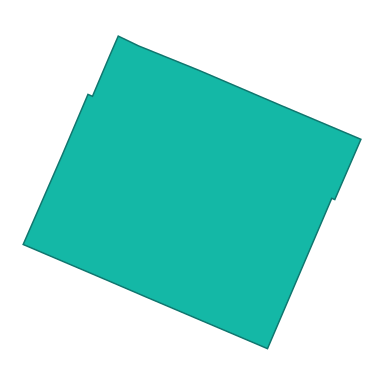 Allen, Kansas, United States of America (Natural Earth projection), rotated 203°
{"feature_id": "52423323B72287121319194", "entity_name": "Allen", "entity_type": "district", "adm_level": 2, "iso_a3": "USA", "parent_name": "United States of America", "parent_adm1": "Kansas", "projection": "natural_earth1", "projection_center": [-95.246, 37.885], "detail": "fine", "context": "isolated", "style": "filled", "palette": "teal", "viewbox_px": 384, "rotation_deg": 203, "n_neighbors": 0, "source": "geoboundaries", "source_scale": "gbopen_adm2", "svg_char_len": 355}
<svg xmlns="http://www.w3.org/2000/svg" viewBox="0 0 384 384"><g transform="rotate(203 192 192)"><path d="M320.8,306.7L321.0,285.0L321.0,241.2L325.9,241.2L325.9,175.9L326.9,77.7L238.3,77.6L193.6,77.4L61.3,77.3L60.9,240.8L57.6,240.8L57.1,306.5L145.6,306.4L232.9,306.7L298.6,305.6L320.8,306.7Z" fill="#14b8a6" stroke="#0f766e" stroke-width="1.5"/></g></svg>